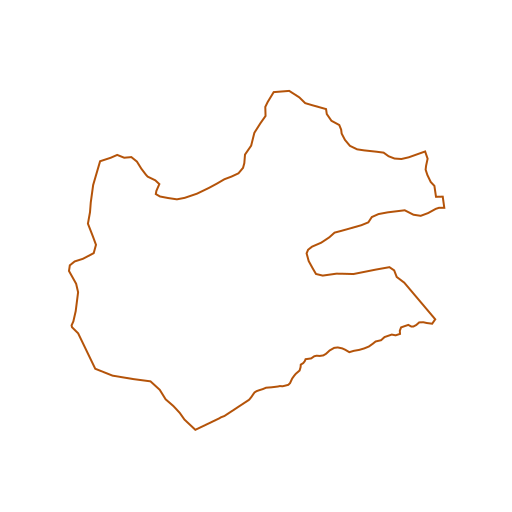 outline of Telupid, Sabah, Malaysia, rotated 77°
{"feature_id": "92858781B69032818816249", "entity_name": "Telupid", "entity_type": "district", "adm_level": 2, "iso_a3": "MYS", "parent_name": "Malaysia", "parent_adm1": "Sabah", "projection": "equal_earth", "projection_center": [117.165, 5.794], "detail": "fine", "context": "isolated", "style": "outline", "palette": "amber", "viewbox_px": 512, "rotation_deg": 77, "n_neighbors": 0, "source": "geoboundaries", "source_scale": "gbopen_adm2", "svg_char_len": 2413}
<svg xmlns="http://www.w3.org/2000/svg" viewBox="0 0 512 512"><g transform="rotate(77 256 256)"><path d="M128.6,386.6L150.2,398.7L166.5,404.9L176.0,407.9L186.7,412.5L200.4,410.5L209.1,409.4L216.7,413.5L219.8,425.3L220.5,433.9L223.2,439.5L228.5,441.6L242.6,437.5L251.3,437.5L269.2,444.1L278.7,448.7L282.1,451.3L284.0,451.3L291.3,446.7L329.7,438.0L340.3,422.7L348.3,403.3L354.4,387.0L364.7,379.9L375.3,376.3L383.7,370.2L391.7,365.6L399.3,362.5L411.7,354.2L405.9,328.2L405.3,326.5L404.8,322.8L394.5,295.0L392.4,292.3L389.9,289.6L388.6,288.1L387.8,285.8L387.5,283.1L387.2,279.2L386.6,275.8L387.4,270.6L387.7,267.9L388.1,263.9L388.1,262.0L388.9,259.5L388.9,257.2L388.8,253.5L387.5,251.4L385.8,250.1L383.5,248.3L381.3,245.8L379.7,243.7L377.4,239.3L374.4,237.6L373.8,237.4L371.9,236.8L371.0,234.1L369.5,232.2L367.7,230.9L368.2,225.3L366.8,221.8L366.8,219.3L367.7,216.5L368.0,212.8L367.1,209.9L365.7,207.4L364.6,205.5L363.1,200.5L363.5,196.9L365.4,192.8L367.3,190.3L370.7,186.7L370.4,182.1L370.7,176.5L370.4,171.4L369.6,166.4L367.7,161.8L366.2,158.7L366.2,153.1L363.9,149.0L363.1,141.4L364.7,137.8L364.3,133.2L361.2,132.7L358.2,130.7L357.8,127.1L357.4,123.1L359.7,120.5L360.1,118.5L359.3,115.4L357.4,111.9L358.2,107.8L359.7,104.7L361.6,99.6L358.0,95.6L315.4,117.5L308.1,123.6L301.1,124.6L296.9,128.5L296.2,142.2L295.5,165.1L292.8,175.5L291.3,181.7L290.1,195.4L287.0,201.6L280.9,203.5L272.8,205.8L264.8,206.1L261.6,203.8L259.5,199.3L257.7,189.5L254.3,180.4L250.9,174.2L250.7,167.3L249.7,146.5L248.5,139.0L244.1,134.4L242.7,127.2L243.1,117.8L244.9,100.8L251.2,93.3L253.9,86.5L252.9,78.7L250.5,70.2L250.2,66.9L251.4,61.7L240.2,60.7L238.8,67.3L227.8,66.4L223.2,69.1L215.6,70.8L210.0,71.3L206.4,70.0L199.8,66.9L192.2,67.7L194.2,85.0L194.2,92.5L192.2,99.1L188.6,104.4L184.0,108.4L181.4,115.4L177.4,126.9L174.8,133.5L169.8,139.7L162.9,143.2L156.0,145.0L152.0,144.6L147.1,145.4L141.2,152.1L133.6,155.1L128.6,154.7L121.4,167.9L118.1,173.7L111.2,178.1L102.6,186.5L100.3,201.9L108.5,209.9L112.8,213.4L121.7,215.2L127.6,221.8L135.5,229.8L136.2,230.2L147.4,235.9L154.7,243.9L162.9,246.5L167.2,248.8L171.5,254.5L173.1,262.0L174.1,269.5L176.7,277.9L179.0,286.3L182.0,299.5L183.3,312.4L183.0,320.3L179.7,328.7L176.4,336.2L173.1,339.7L170.1,338.4L164.2,334.0L159.6,337.1L154.3,343.7L152.0,345.0L145.1,348.1L137.2,350.8L131.6,355.2L130.6,362.3L126.3,368.5L127.6,375.5L128.6,386.6Z" fill="none" stroke="#b45309" stroke-width="2"/></g></svg>